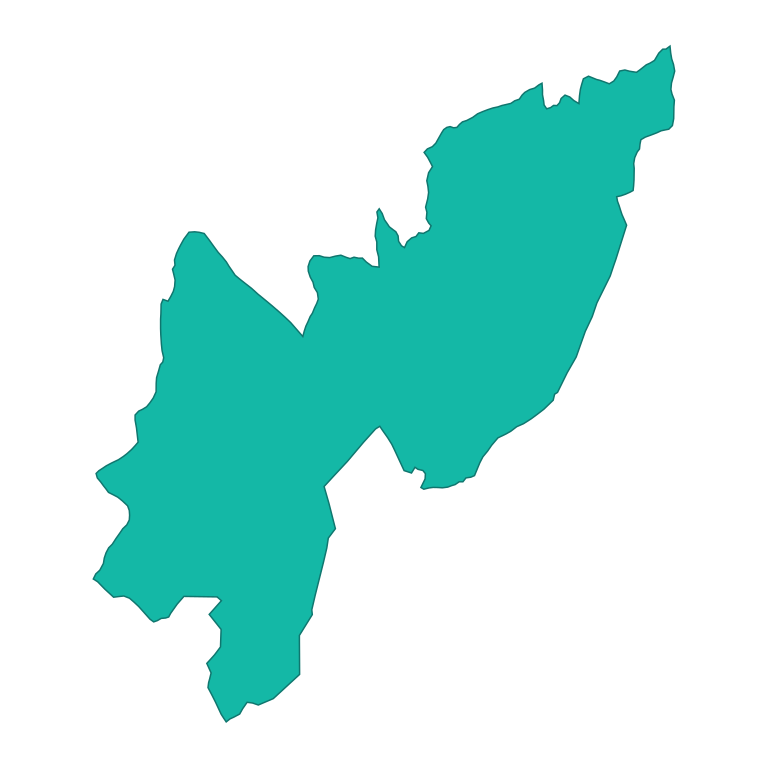 Luanda, Western, Kenya (Equal Earth projection)
{"feature_id": "3690345B72511409589589", "entity_name": "Luanda", "entity_type": "district", "adm_level": 2, "iso_a3": "KEN", "parent_name": "Kenya", "parent_adm1": "Western", "projection": "equal_earth", "projection_center": [34.601, 0.021], "detail": "fine", "context": "isolated", "style": "filled", "palette": "teal", "viewbox_px": 768, "rotation_deg": 0, "n_neighbors": 0, "source": "geoboundaries", "source_scale": "gbopen_adm2", "svg_char_len": 4735}
<svg xmlns="http://www.w3.org/2000/svg" viewBox="0 0 768 768"><path d="M204.2,233.5L199.2,232.3L194.7,231.8L189.0,232.2L183.8,239.2L180.5,245.2L178.7,248.7L176.5,253.5L174.5,260.0L175.0,265.3L172.5,269.2L173.7,274.0L175.1,280.0L174.6,286.6L173.3,291.4L170.7,296.6L168.0,301.2L163.0,299.4L161.1,304.1L160.9,314.0L160.6,319.2L160.6,328.7L160.8,334.7L161.4,344.2L162.1,350.8L163.7,357.7L162.8,362.0L160.3,364.8L158.6,370.9L156.6,377.6L156.2,383.2L156.1,391.8L153.2,398.1L149.9,402.8L146.6,406.8L142.5,409.3L138.7,411.1L135.1,415.0L135.1,420.1L136.5,428.0L138.1,442.2L135.2,445.6L131.5,449.6L126.7,453.9L123.3,456.5L118.5,459.7L114.7,461.5L111.4,463.1L106.3,465.8L102.6,468.3L98.9,470.7L96.1,473.5L97.3,477.9L100.8,482.1L103.5,485.8L105.8,488.7L108.5,492.4L112.9,494.6L117.7,497.1L122.4,500.9L127.6,505.8L129.3,510.5L129.6,515.2L129.3,520.0L126.8,524.9L122.8,528.7L120.1,532.7L116.0,538.5L112.3,544.2L108.7,547.8L106.1,552.7L104.3,558.0L103.4,563.5L99.8,570.2L95.8,573.9L93.3,579.0L97.6,581.7L101.4,585.6L104.9,589.2L113.6,597.2L119.1,596.5L123.8,596.0L129.5,598.2L134.1,602.2L138.7,606.5L150.0,619.2L153.7,621.9L157.4,620.6L161.2,618.4L165.6,618.0L168.7,617.0L170.6,613.4L177.1,604.2L183.9,596.4L217.1,596.9L221.4,600.7L209.2,614.4L213.0,619.2L221.1,629.4L220.7,640.7L220.5,646.9L218.2,650.0L214.5,654.9L210.9,658.9L206.8,663.4L211.1,672.9L209.7,678.7L208.6,682.7L208.0,687.6L211.9,695.0L215.5,702.1L221.2,714.3L223.9,718.5L226.2,721.9L230.0,718.9L233.9,717.1L239.7,714.0L242.6,708.8L247.1,702.3L252.5,703.0L258.3,705.0L273.3,698.6L299.6,674.4L299.4,641.1L299.4,635.4L312.3,614.6L311.8,609.8L315.2,595.2L323.5,562.1L326.8,548.0L328.3,538.1L335.4,528.7L329.0,503.6L324.1,486.5L333.1,476.7L347.2,461.6L363.6,442.2L375.6,428.9L379.8,426.3L382.9,430.9L387.7,437.7L391.8,444.3L394.5,449.9L404.1,470.6L411.5,473.0L415.0,467.3L417.9,469.3L422.9,470.5L425.4,473.7L425.1,478.9L420.9,487.5L423.8,489.2L429.1,487.9L433.3,487.4L437.9,487.5L442.4,487.8L447.8,487.1L451.7,485.6L455.1,484.6L459.2,481.8L462.9,481.8L466.0,477.9L470.8,477.2L474.5,475.6L479.8,462.8L482.9,456.8L487.6,451.1L491.6,445.3L494.4,442.0L498.0,437.8L506.1,433.9L511.0,431.1L516.7,426.7L523.5,423.7L531.2,418.8L537.4,414.2L543.9,409.2L553.2,400.2L554.6,394.2L557.5,392.4L567.2,372.7L576.2,357.0L579.8,346.8L585.3,331.3L587.3,327.1L592.2,316.7L596.9,302.9L610.2,276.0L613.8,265.2L615.8,259.5L626.6,225.2L624.3,219.8L622.0,214.6L620.6,210.4L619.1,205.6L617.5,201.3L616.7,196.7L620.9,195.8L625.5,194.2L630.0,192.2L633.1,190.5L633.6,186.0L634.0,179.9L634.1,172.9L634.2,168.5L633.7,163.6L634.7,157.7L637.2,152.0L639.5,149.0L640.0,144.1L640.9,139.7L645.3,137.1L651.1,135.0L656.8,132.8L661.1,130.8L665.2,129.9L668.8,129.2L672.4,125.6L673.7,118.7L673.8,113.0L673.9,106.8L674.4,100.2L672.0,94.0L670.9,89.4L671.5,83.0L673.2,77.0L674.7,71.1L673.5,64.4L671.7,58.9L670.7,53.0L670.0,46.1L666.0,49.1L662.7,49.2L658.8,53.1L654.5,60.4L649.9,63.2L646.3,64.8L642.4,67.9L639.7,70.0L636.5,72.3L633.2,71.8L629.5,71.2L624.9,70.0L619.7,71.0L616.8,76.8L613.8,81.0L609.3,83.8L604.3,81.9L599.8,80.3L596.6,79.5L592.7,77.9L588.5,76.2L583.4,78.8L581.6,84.7L580.4,89.3L579.5,95.8L578.9,103.6L573.9,100.6L569.8,97.0L565.0,95.1L561.1,98.5L559.6,102.7L557.0,105.6L553.6,105.4L550.6,107.6L546.7,108.8L544.1,105.0L543.6,100.7L542.5,94.7L542.5,89.9L542.0,83.2L539.0,84.8L534.6,88.1L529.6,89.6L524.8,92.4L522.1,95.1L519.3,99.2L514.7,100.8L510.9,103.4L505.4,104.7L501.9,105.5L497.9,106.9L492.8,108.0L487.7,109.7L482.7,111.6L477.6,113.8L472.7,117.4L466.7,120.5L462.4,121.9L459.5,124.4L456.9,127.4L453.6,127.8L450.1,126.6L446.8,127.4L443.7,129.6L441.6,132.9L438.5,138.4L435.8,143.2L432.3,146.7L427.4,148.9L424.1,152.4L427.6,157.2L430.7,163.0L432.5,166.6L428.6,172.7L426.8,180.7L427.9,186.2L428.6,192.5L427.7,198.8L425.6,207.2L426.9,212.3L426.3,218.6L428.7,223.0L431.1,225.8L429.0,230.4L423.4,233.4L418.8,232.8L416.0,236.5L411.6,237.9L407.2,241.7L404.5,247.6L401.5,245.8L398.6,241.3L398.1,235.9L395.8,231.7L392.9,229.6L389.3,226.8L386.9,223.2L384.5,219.8L382.2,213.5L379.2,208.8L376.9,212.0L377.9,217.8L376.7,223.5L375.6,229.9L375.2,236.2L376.8,242.0L376.8,249.7L378.6,256.8L378.9,262.7L379.1,267.1L372.1,266.3L366.4,262.1L362.4,258.1L358.7,258.2L354.0,257.2L350.1,258.6L346.4,257.4L340.9,255.2L335.5,256.1L329.7,257.6L324.1,257.2L319.4,255.7L313.8,255.8L309.9,261.0L308.1,266.6L308.3,271.2L310.2,277.0L313.0,282.2L314.2,287.4L317.4,292.6L318.3,299.1L316.7,303.5L314.6,307.8L312.4,313.2L310.2,316.5L308.0,321.7L305.9,326.1L304.3,331.0L302.8,336.5L290.7,322.6L285.1,317.3L279.6,312.3L272.1,305.8L265.0,299.9L257.9,294.1L251.5,288.3L245.2,283.4L239.4,278.8L235.1,275.2L232.2,270.9L229.0,266.3L226.4,262.0L222.4,257.0L218.2,252.4L213.7,246.3L209.1,239.9L204.2,233.5Z" fill="#14b8a6" stroke="#0f766e" stroke-width="1.5"/></svg>